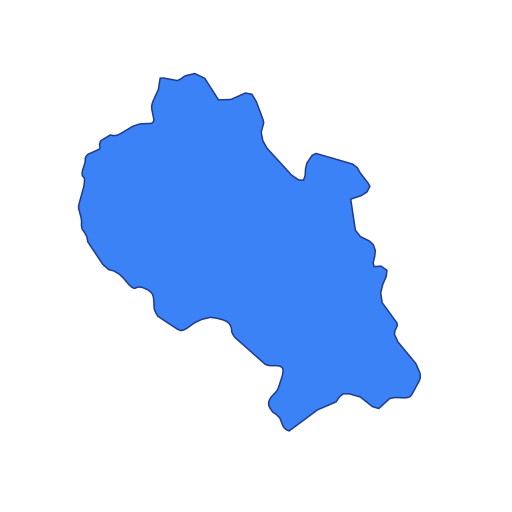 the border of Frosinone, rotated 195°
{"feature_id": "ITA-5425", "entity_name": "Frosinone", "entity_type": "Province", "adm_level": 1, "iso_a3": "ITA", "parent_name": "Italy", "parent_adm1": "", "projection": "mercator", "projection_center": [13.565, 41.628], "detail": "fine", "context": "isolated", "style": "filled", "palette": "blue", "viewbox_px": 512, "rotation_deg": 195, "n_neighbors": 0, "source": "natural_earth", "source_scale": "10m", "svg_char_len": 2423}
<svg xmlns="http://www.w3.org/2000/svg" viewBox="0 0 512 512"><g transform="rotate(195 256 256)"><path d="M224.6,370.6L186.3,369.8L180.8,367.3L177.2,363.5L166.5,355.4L164.1,352.8L165.3,346.7L169.7,341.8L179.2,335.4L166.7,306.7L160.2,301.8L150.0,299.7L145.6,297.2L142.1,292.1L141.2,286.1L141.1,279.8L139.2,276.3L132.7,278.6L125.8,276.1L124.9,269.9L126.2,261.5L126.0,252.6L122.1,243.6L102.5,227.8L101.5,225.3L102.5,219.1L101.8,215.9L96.5,209.6L73.8,193.5L67.2,185.2L65.8,181.1L66.0,177.5L69.7,162.3L70.6,160.3L72.1,159.0L74.7,157.7L85.0,155.3L89.9,153.0L97.9,140.5L104.4,140.6L118.8,146.8L130.2,147.0L136.1,145.4L138.8,141.8L141.0,135.7L156.7,123.4L178.7,95.6L182.0,96.1L184.0,97.2L185.9,98.7L191.1,105.7L195.2,108.1L199.5,109.6L203.5,113.0L205.3,115.4L205.9,117.8L205.8,119.9L205.4,121.9L204.8,123.8L201.5,130.0L200.8,131.7L200.3,133.7L199.6,146.8L199.7,148.9L199.9,150.9L200.3,152.7L201.0,154.2L202.5,155.3L204.7,155.8L208.6,155.2L213.3,153.9L215.1,153.6L217.1,153.5L219.1,153.8L255.2,171.8L258.1,174.3L259.9,176.6L260.4,178.3L261.0,179.7L261.8,181.1L262.9,182.4L264.2,183.5L265.7,184.5L268.2,185.3L271.6,185.8L278.2,185.7L284.3,184.9L291.9,180.8L297.9,175.7L304.2,168.1L306.7,165.8L308.2,165.0L309.7,164.5L313.1,165.0L335.3,172.4L338.5,175.6L340.1,177.7L341.1,179.8L343.2,186.6L344.5,189.7L345.4,191.2L346.4,192.6L348.6,194.0L351.9,195.4L357.4,196.2L360.4,195.9L362.4,195.2L363.7,194.1L365.1,193.2L367.6,193.6L371.3,195.4L378.9,200.7L383.5,203.1L389.4,204.8L394.7,204.7L401.8,208.2L422.1,226.1L424.3,230.7L426.6,233.3L430.3,236.5L431.3,237.8L432.1,239.3L432.7,240.9L433.5,244.4L434.8,247.6L439.7,256.2L440.2,257.8L440.4,261.6L440.3,278.9L441.0,283.7L441.8,286.7L443.7,288.0L444.7,289.0L445.4,291.0L445.7,293.8L445.3,301.9L445.7,304.4L446.2,306.0L446.0,308.2L444.6,310.8L435.3,318.4L434.6,319.7L435.2,321.7L436.1,323.3L436.0,325.5L435.7,327.3L428.1,335.2L424.7,335.4L421.8,336.5L419.3,338.4L409.2,348.8L408.5,349.4L403.7,352.7L401.0,354.0L392.1,356.8L390.7,357.6L389.9,359.1L389.8,361.0L394.5,370.5L395.6,373.9L395.7,376.4L395.4,379.9L393.4,391.6L394.6,403.0L391.4,404.0L377.3,405.1L373.7,408.4L372.3,410.4L370.5,412.0L362.4,416.4L351.5,414.4L332.6,397.1L320.8,400.7L308.4,410.7L301.8,411.2L295.5,405.0L284.6,389.7L283.0,386.7L283.0,376.8L279.2,369.1L273.3,363.0L242.5,343.3L234.3,340.5L229.7,341.6L229.4,346.5L230.7,353.0L230.9,359.0L227.8,367.7L224.6,370.6Z" fill="#3b82f6" stroke="#1e3a8a" stroke-width="1.5"/></g></svg>